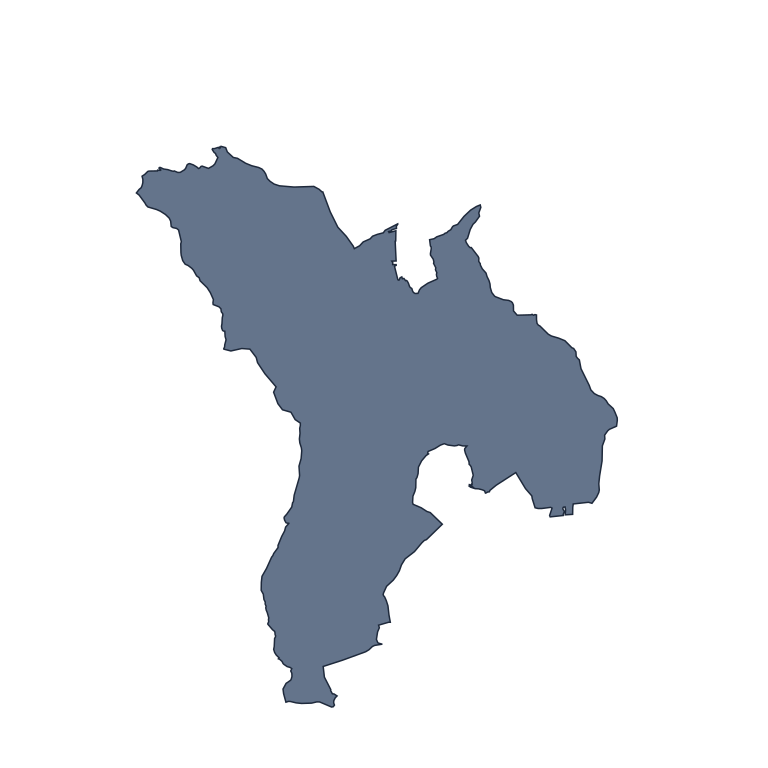 Zagar, Mures, Romania, rotated 159°
{"feature_id": "2599482B67962104001540", "entity_name": "Zagar", "entity_type": "district", "adm_level": 2, "iso_a3": "ROU", "parent_name": "Romania", "parent_adm1": "Mures", "projection": "robinson", "projection_center": [24.611, 46.351], "detail": "fine", "context": "isolated", "style": "filled", "palette": "slate", "viewbox_px": 768, "rotation_deg": 159, "n_neighbors": 0, "source": "geoboundaries", "source_scale": "gbopen_adm2", "svg_char_len": 6171}
<svg xmlns="http://www.w3.org/2000/svg" viewBox="0 0 768 768"><g transform="rotate(159 384 384)"><path d="M546.7,651.1L544.9,648.1L542.3,638.6L542.0,636.3L541.0,633.9L533.8,628.4L530.9,625.5L527.3,620.6L525.1,615.9L524.8,612.5L526.2,607.3L525.0,605.6L521.9,603.6L520.6,601.4L522.2,589.5L523.5,587.7L526.5,579.4L527.2,576.8L527.7,571.3L526.7,567.1L524.4,564.8L522.0,560.9L521.1,558.5L520.2,552.1L518.5,549.5L518.7,546.3L514.6,537.3L513.4,531.5L513.0,524.0L514.6,521.1L515.0,519.4L510.4,515.2L509.3,512.7L510.0,509.7L509.4,507.5L509.7,506.1L511.2,503.9L513.7,498.3L515.0,496.2L515.5,494.2L515.5,491.8L514.9,491.0L513.7,490.3L515.3,485.3L515.6,481.9L518.6,477.7L519.5,475.8L521.0,474.3L521.0,473.9L515.1,469.7L504.1,468.1L496.7,464.6L493.8,454.6L494.4,449.2L491.5,436.2L485.8,420.0L490.0,415.9L490.1,403.6L488.0,396.3L481.0,391.0L479.7,382.6L476.1,377.5L477.0,375.2L478.6,372.8L480.1,368.0L482.7,363.0L483.7,359.2L484.0,354.2L484.7,351.2L488.1,344.1L492.8,337.8L495.6,328.8L496.7,326.9L507.7,312.4L510.7,306.7L511.9,305.9L514.2,302.2L521.3,297.4L524.6,295.7L525.3,294.8L525.6,292.5L525.2,289.6L523.6,288.3L522.8,288.2L522.8,287.9L527.1,285.7L529.5,282.4L534.1,278.4L540.8,271.3L541.5,269.3L547.7,265.3L549.3,263.6L551.0,262.6L559.7,254.0L566.8,248.2L569.6,242.8L572.6,235.4L572.0,231.1L573.3,225.8L573.0,223.0L573.8,221.2L573.7,218.8L574.6,217.4L575.0,215.0L574.9,212.5L575.4,206.9L576.2,205.7L576.9,203.3L578.3,202.0L578.5,201.3L576.1,194.5L574.8,192.3L574.8,191.4L575.5,188.9L575.4,187.9L576.0,186.7L577.3,185.7L580.6,178.2L582.1,175.8L582.3,172.5L581.7,169.5L580.1,166.0L581.1,165.3L580.0,164.3L578.6,161.5L578.4,159.2L577.9,158.1L575.7,154.9L573.2,153.0L572.1,151.3L573.9,149.5L573.7,147.0L574.7,144.0L576.4,141.7L577.3,140.9L582.7,139.6L587.6,135.4L588.7,130.9L589.6,122.1L586.8,121.9L585.1,121.1L580.3,117.8L575.4,115.3L565.9,112.0L560.6,111.3L558.0,110.2L548.7,101.2L547.0,100.9L545.3,102.0L545.3,104.2L544.4,106.3L542.0,108.5L539.6,109.6L541.7,112.5L543.2,113.3L543.7,116.9L543.2,117.8L544.7,131.7L542.0,142.1L521.7,141.0L497.0,140.6L493.2,141.3L488.9,143.1L486.4,143.3L478.8,141.7L482.2,144.2L482.5,145.0L482.6,148.3L478.8,154.9L475.7,158.1L475.5,160.8L465.0,159.9L463.5,159.3L462.1,166.7L459.8,175.5L459.5,180.9L459.7,185.0L460.1,185.9L460.3,187.6L459.4,189.0L454.1,194.2L445.6,197.6L440.7,200.7L436.5,204.2L432.5,208.9L426.9,213.2L415.6,216.6L405.5,222.2L402.4,223.5L400.1,223.5L379.8,232.2L386.9,247.4L389.6,249.6L393.6,255.1L399.9,261.2L399.8,263.1L397.2,268.9L393.7,272.6L391.5,275.8L388.3,283.7L386.7,284.9L384.3,288.1L381.6,294.1L376.4,298.8L370.4,302.1L367.5,302.8L368.1,303.7L367.0,305.2L359.5,305.5L353.3,306.7L349.1,306.7L346.2,304.1L340.5,301.0L337.9,300.4L336.2,300.5L332.7,298.0L328.8,296.4L331.7,294.8L332.4,293.6L332.8,290.3L332.5,281.0L333.3,278.4L332.7,277.3L332.3,275.4L333.4,266.8L336.5,263.0L337.1,259.9L338.6,258.8L338.0,258.4L338.6,258.0L340.4,259.5L340.7,259.1L338.5,257.0L338.0,256.0L340.5,257.2L340.2,256.7L336.4,253.6L333.4,252.3L330.3,250.1L328.4,248.3L328.4,245.8L327.7,245.7L326.1,246.0L324.2,245.6L323.3,246.7L315.5,249.3L292.7,254.1L289.4,235.6L286.1,226.5L286.7,223.8L287.3,214.3L284.7,212.5L281.2,211.2L272.6,209.1L271.6,207.9L276.5,201.9L276.5,200.4L263.8,197.0L263.4,198.1L261.3,200.3L261.8,202.9L261.6,203.9L260.7,204.7L259.0,204.3L259.6,201.4L261.7,196.9L254.6,194.7L251.9,201.4L250.3,204.2L235.5,200.3L232.6,198.1L226.1,202.2L222.4,205.7L221.0,207.9L219.2,213.9L215.6,221.0L208.0,234.0L202.3,248.0L197.5,253.5L196.4,257.1L195.9,257.5L191.8,260.2L189.8,260.9L182.0,261.3L179.2,266.5L178.4,268.9L178.5,274.8L178.8,278.9L181.9,285.1L182.5,288.6L183.6,291.5L185.6,294.3L188.4,296.6L191.1,299.7L193.0,304.4L192.9,309.2L194.6,327.7L193.0,336.5L194.1,338.7L194.7,340.9L193.3,345.2L194.2,349.2L195.6,350.5L199.6,359.6L204.6,364.3L210.5,368.8L212.8,371.6L217.7,382.4L218.8,383.6L219.4,385.7L218.6,389.3L216.9,393.8L218.2,394.7L219.8,394.6L220.8,396.0L222.0,395.9L235.0,400.5L236.9,405.8L234.9,411.3L235.0,413.9L235.7,415.4L237.7,417.4L242.4,419.9L248.6,425.5L249.3,426.4L250.6,430.8L250.2,435.9L249.2,439.4L248.9,442.9L249.3,447.4L249.0,451.0L251.0,456.4L251.4,460.6L251.0,461.8L251.6,464.5L250.3,467.6L250.4,469.3L253.6,480.1L254.7,480.4L255.6,482.2L256.5,486.5L256.4,489.0L253.8,490.1L248.1,497.4L243.7,501.2L240.6,502.5L234.7,506.4L234.2,509.7L230.3,514.2L230.0,516.7L234.1,516.6L240.8,515.3L249.3,511.8L258.1,506.6L262.5,506.7L263.6,506.3L266.4,504.1L269.3,503.6L271.2,502.7L272.9,502.9L274.7,502.3L282.0,502.5L285.2,501.7L289.7,502.4L291.2,496.3L290.9,495.0L291.4,493.4L293.9,489.2L294.4,487.7L293.3,482.8L293.7,480.0L294.5,478.9L294.0,474.0L295.0,472.2L294.8,469.0L295.8,467.5L296.2,465.6L296.1,463.5L297.1,462.9L306.9,462.4L314.7,460.6L317.1,459.2L319.8,456.4L322.6,457.4L323.7,458.9L324.0,460.5L323.8,463.2L324.8,464.6L325.2,465.8L325.1,469.3L325.4,471.7L325.9,472.6L326.8,472.7L327.6,475.4L329.1,475.7L329.0,477.6L330.9,477.4L332.5,475.7L333.1,475.7L333.7,476.4L332.0,490.2L330.1,490.4L329.9,491.1L333.1,492.4L332.3,494.2L332.7,495.9L328.6,494.5L322.4,513.3L321.8,513.3L318.0,522.8L325.0,523.5L325.1,524.7L322.4,524.3L321.3,525.2L316.6,524.8L315.9,526.9L313.9,528.2L313.8,528.6L327.8,527.1L330.5,525.4L336.6,526.1L341.7,526.1L344.9,524.5L352.5,524.1L357.2,521.8L363.2,521.0L363.3,523.7L366.3,535.4L370.9,546.9L372.5,564.0L372.3,585.3L373.1,585.6L374.8,589.0L378.7,593.6L397.4,600.1L410.6,606.5L414.9,610.0L417.7,614.0L419.3,617.6L419.2,622.5L419.8,625.6L420.9,628.4L423.5,631.1L429.3,635.2L434.1,639.7L439.9,647.2L443.5,649.5L447.1,656.8L447.1,661.4L451.0,664.3L452.2,663.3L452.4,664.0L453.5,663.1L453.9,664.3L457.8,664.5L459.7,665.2L460.3,664.6L460.2,663.8L459.6,661.0L458.7,659.6L458.7,657.6L457.9,655.0L463.0,650.1L465.4,649.0L470.6,648.2L475.7,652.6L476.9,652.7L478.6,651.7L480.0,651.7L481.0,653.7L483.5,656.9L486.4,659.4L487.8,659.6L489.2,659.2L491.8,656.5L493.5,655.5L498.4,654.6L500.7,655.4L503.5,658.1L504.3,658.0L505.7,658.9L509.0,661.6L512.7,663.7L515.2,666.3L516.1,666.6L516.7,666.2L515.7,663.8L516.3,663.6L518.7,664.8L519.1,664.1L527.1,667.0L528.4,667.1L532.3,665.4L535.4,664.7L535.8,661.4L537.0,658.4L538.6,656.1L540.3,654.3L542.9,653.4L546.7,651.1Z" fill="#64748b" stroke="#1e293b" stroke-width="1.5"/></g></svg>